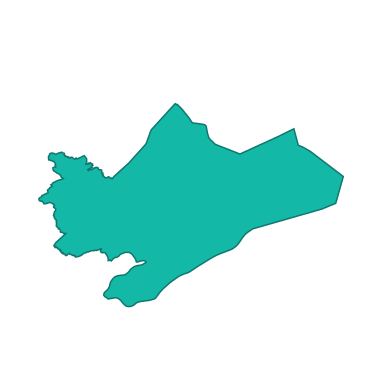 Pak Phayun, Thailand (Equal Earth projection), rotated 71°
{"feature_id": "78962969B11812729202220", "entity_name": "Pak Phayun", "entity_type": "district", "adm_level": 2, "iso_a3": "THA", "parent_name": "Thailand", "parent_adm1": "", "projection": "equal_earth", "projection_center": [100.293, 7.38], "detail": "fine", "context": "isolated", "style": "filled", "palette": "teal", "viewbox_px": 384, "rotation_deg": 71, "n_neighbors": 0, "source": "geoboundaries", "source_scale": "gbopen_adm2", "svg_char_len": 6090}
<svg xmlns="http://www.w3.org/2000/svg" viewBox="0 0 384 384"><g transform="rotate(71 192 192)"><path d="M103.2,179.6L119.8,210.0L121.1,211.4L130.5,218.9L131.1,219.5L132.0,220.6L144.2,242.6L151.6,260.0L152.1,261.0L153.4,262.9L152.7,263.4L152.8,264.3L152.6,264.7L151.8,264.8L151.3,265.3L150.7,265.5L150.4,266.1L150.4,266.4L150.6,267.3L150.9,267.6L150.9,267.9L150.6,268.4L150.3,268.8L150.2,269.7L149.3,269.9L148.2,270.5L147.8,271.0L147.5,270.9L147.1,270.3L146.3,271.1L145.8,270.4L145.1,270.1L144.8,271.1L144.0,270.8L143.0,270.8L142.0,270.2L141.1,271.4L140.9,272.0L140.5,272.8L140.1,272.9L139.1,272.9L138.3,273.1L138.2,273.6L137.8,273.9L137.5,274.5L137.4,275.3L137.6,276.8L137.4,277.2L137.8,278.3L137.9,279.1L138.3,279.5L138.2,280.3L137.5,281.7L138.1,282.9L136.9,283.4L136.4,280.9L136.7,280.7L136.5,279.9L136.2,279.4L136.0,278.4L135.2,278.8L134.4,276.9L133.0,277.8L132.9,277.4L132.5,277.8L132.0,278.5L131.9,278.2L131.3,278.6L131.3,278.9L131.2,278.9L131.9,280.6L131.1,280.6L131.4,281.9L131.2,282.0L131.2,283.2L129.4,281.8L126.6,280.9L125.8,280.9L123.9,281.7L122.7,281.8L122.6,283.1L122.7,284.1L122.9,284.7L123.1,287.5L123.4,289.7L122.1,290.4L122.4,291.0L122.7,291.6L122.8,292.4L121.8,292.9L121.2,293.4L120.9,293.8L119.9,294.2L120.0,295.0L119.8,295.2L120.3,296.4L119.4,297.2L119.3,297.6L119.0,297.9L118.9,298.1L118.5,298.2L118.4,297.9L118.2,298.3L117.8,298.4L117.7,298.8L117.5,299.5L117.2,300.1L116.4,299.8L116.1,300.6L115.7,300.8L115.0,300.7L114.3,300.1L113.9,300.1L113.3,301.2L112.7,301.5L112.0,302.1L111.9,302.7L111.9,304.0L111.7,305.4L112.0,307.8L112.0,308.7L110.4,310.2L109.5,311.7L109.4,312.3L109.5,313.9L109.6,314.2L110.5,314.6L111.9,316.3L112.1,316.4L112.8,316.3L114.0,316.9L115.1,317.0L115.6,315.9L116.2,315.4L116.5,314.5L117.7,313.7L118.4,312.5L120.8,311.9L122.4,312.8L122.6,312.8L123.1,312.4L123.8,312.4L123.9,313.1L123.7,313.9L123.7,315.5L124.1,315.7L125.7,316.1L126.7,316.0L127.2,315.8L128.6,314.5L130.4,313.3L131.5,312.0L133.1,311.2L133.6,310.8L135.4,310.8L137.5,309.3L137.6,310.6L137.4,315.2L137.9,319.4L138.1,320.5L138.8,321.3L139.3,323.1L139.9,322.7L141.3,322.4L141.4,322.9L141.5,324.9L141.9,325.0L143.1,327.9L143.4,328.1L145.6,328.2L145.8,328.5L146.2,331.7L146.1,332.2L146.4,332.7L146.6,334.1L146.4,335.0L147.1,335.3L147.5,336.0L147.7,337.2L147.9,337.5L147.9,337.8L148.2,338.2L148.4,338.9L149.8,339.2L150.5,339.1L150.9,338.8L151.3,337.8L151.7,337.6L152.2,336.5L152.9,336.2L155.1,335.8L155.2,335.5L155.3,334.0L155.6,332.6L155.4,331.2L155.6,330.5L156.1,329.0L156.4,328.5L157.9,327.5L158.5,326.8L159.0,326.9L159.2,326.6L160.0,326.4L160.7,327.5L161.3,327.5L161.6,327.8L162.5,326.9L163.9,326.4L164.7,326.8L166.3,328.7L168.2,330.0L168.9,330.3L169.2,330.6L170.0,330.3L171.0,330.3L171.3,330.6L172.2,330.2L172.6,330.3L173.2,330.1L173.5,329.8L173.8,329.6L174.2,329.7L174.6,329.4L174.9,329.7L175.5,329.7L175.8,330.0L176.3,330.0L176.9,330.3L177.2,330.2L177.9,330.5L178.7,330.7L179.6,331.3L179.9,331.4L181.4,330.8L182.1,330.5L182.5,329.8L183.5,330.3L184.0,329.2L185.4,329.0L186.3,329.2L186.8,329.5L187.1,329.4L187.5,329.1L187.9,327.7L189.5,326.7L189.5,326.0L190.2,324.8L195.1,336.3L195.9,337.7L197.8,340.1L198.1,339.7L198.6,339.7L198.9,339.5L199.4,339.6L199.5,339.2L199.1,339.0L199.2,338.7L199.6,338.6L200.1,339.0L200.2,338.2L200.6,337.5L200.8,337.4L201.1,337.7L201.6,337.7L202.2,337.1L203.0,336.5L203.1,335.8L203.5,335.7L203.6,335.4L203.9,335.8L204.2,335.6L204.3,335.9L204.4,336.0L204.9,335.8L205.0,335.5L205.4,335.6L205.6,335.4L205.9,335.3L206.2,334.9L206.7,335.3L207.2,335.0L207.2,334.2L207.9,334.4L208.0,334.2L207.7,333.9L207.9,333.7L208.2,333.6L208.5,333.8L208.8,333.8L209.0,332.7L209.5,332.4L210.2,332.2L210.5,332.4L210.8,332.3L211.1,331.9L211.1,331.4L211.0,331.1L211.0,330.6L210.4,329.6L210.4,329.0L210.0,328.0L210.3,327.9L210.6,328.1L211.9,326.5L212.1,326.4L212.4,326.0L212.9,325.8L213.1,325.5L213.1,324.9L213.3,324.2L213.8,324.2L214.1,323.6L214.3,324.0L214.8,323.5L215.6,323.3L215.8,321.2L216.1,320.7L216.0,320.1L215.9,317.3L215.1,315.2L214.7,314.1L214.8,313.2L214.7,312.6L214.9,311.8L214.5,311.0L215.0,309.8L214.8,309.1L214.9,308.3L214.8,307.7L214.8,306.3L215.3,304.6L215.3,303.8L215.6,303.6L215.5,302.9L215.8,302.3L215.8,301.7L216.2,301.4L216.2,298.3L216.0,296.9L216.2,296.2L216.7,296.5L217.4,297.5L219.0,297.8L219.5,297.5L220.2,296.6L220.4,296.3L220.3,295.7L220.5,295.4L220.9,294.2L221.3,293.9L223.0,293.5L224.1,293.1L226.8,292.8L229.0,293.2L229.5,293.6L229.8,292.3L229.7,291.8L230.0,291.8L230.0,291.3L230.9,290.7L229.6,288.4L229.1,287.0L228.9,286.0L229.2,284.9L229.2,284.2L229.0,282.6L228.8,282.1L227.9,280.6L227.7,280.1L227.4,277.2L227.5,276.1L227.3,275.5L227.3,275.0L227.9,273.1L228.7,271.2L228.9,270.9L230.2,269.7L231.7,268.8L235.2,267.8L238.4,267.1L239.1,267.5L239.8,267.4L240.2,267.2L240.5,266.0L240.5,263.6L240.8,261.3L241.2,259.8L241.7,259.0L243.1,258.4L243.6,258.3L244.5,262.6L244.5,264.0L243.8,267.4L243.7,269.1L243.8,271.2L244.2,272.6L245.0,275.1L246.4,277.0L247.4,278.9L248.1,280.9L248.3,282.0L248.3,283.4L247.0,289.0L247.0,291.8L247.2,292.9L248.3,295.1L249.2,296.5L250.8,298.4L252.4,299.6L254.4,300.8L255.9,302.2L256.8,303.6L258.2,306.8L258.9,307.9L260.0,308.7L261.1,309.0L261.7,308.8L262.3,308.6L264.4,307.0L265.9,306.1L266.8,300.0L267.2,298.4L267.9,297.2L269.4,295.9L271.5,294.6L274.9,293.4L277.5,292.1L278.3,291.4L279.3,290.1L279.8,288.8L280.2,287.5L280.2,285.2L279.8,283.2L278.9,281.1L278.6,279.3L278.6,278.3L278.9,275.7L280.4,268.4L280.7,266.1L280.8,262.6L280.7,261.6L280.4,260.9L276.6,255.3L274.5,251.7L270.5,242.3L267.4,231.8L266.9,226.7L267.0,222.4L266.8,220.6L264.0,209.8L260.6,194.6L259.8,189.4L259.5,185.4L259.1,173.3L258.7,171.4L257.8,168.6L256.7,166.1L254.0,162.2L251.6,159.2L249.2,155.2L248.2,152.3L246.6,146.6L250.4,74.6L249.5,59.8L226.6,43.9L192.1,66.9L185.4,72.8L182.4,76.3L165.4,75.1L167.7,93.3L171.7,134.3L154.6,154.4L148.5,157.6L146.0,158.4L142.2,158.3L135.0,157.3L133.9,157.3L133.4,157.5L132.6,158.0L131.8,159.2L129.4,163.7L126.8,169.1L125.1,169.7L121.8,170.4L118.5,171.6L117.1,172.0L115.8,172.6L110.6,174.4L104.8,177.2L104.5,177.4L104.6,177.9L103.2,178.8L103.4,179.4L103.2,179.6Z" fill="#14b8a6" stroke="#0f766e" stroke-width="1.5"/></g></svg>